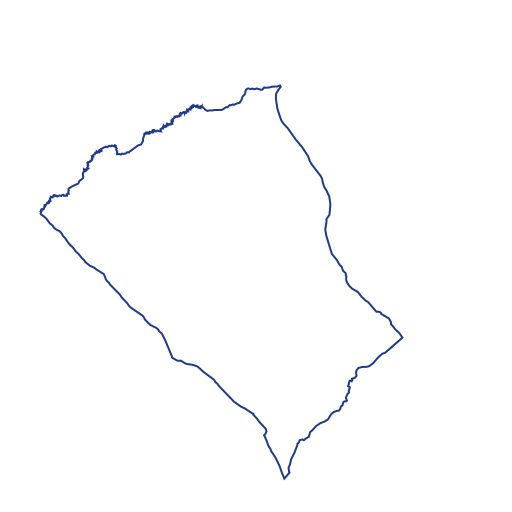 Igunga, Tabora, United Republic of Tanzania (Natural Earth projection), rotated 318°
{"feature_id": "72390352B54001884070734", "entity_name": "Igunga", "entity_type": "district", "adm_level": 2, "iso_a3": "TZA", "parent_name": "United Republic of Tanzania", "parent_adm1": "Tabora", "projection": "natural_earth1", "projection_center": [33.703, -4.378], "detail": "fine", "context": "isolated", "style": "outline", "palette": "blue", "viewbox_px": 512, "rotation_deg": 318, "n_neighbors": 0, "source": "geoboundaries", "source_scale": "gbopen_adm2", "svg_char_len": 5947}
<svg xmlns="http://www.w3.org/2000/svg" viewBox="0 0 512 512"><g transform="rotate(318 256 256)"><path d="M184.1,78.1L182.3,79.0L181.0,80.8L180.9,81.3L179.8,82.3L177.7,82.4L175.2,82.0L172.4,83.2L165.8,81.2L161.8,80.5L160.9,81.3L160.8,82.0L159.2,82.8L158.6,84.3L158.1,83.7L157.3,83.9L156.8,83.5L155.9,84.6L155.6,83.9L154.5,83.7L153.6,82.9L153.9,81.8L152.3,81.0L151.5,81.1L150.5,79.5L148.1,78.9L148.2,78.0L147.8,77.1L147.0,77.0L147.3,76.5L146.8,75.7L146.4,75.4L144.1,76.4L143.0,74.7L142.3,75.4L141.7,75.3L141.1,75.6L140.2,77.4L139.2,76.5L138.8,76.7L138.9,77.6L138.1,77.9L137.8,77.1L136.9,77.6L136.5,76.7L134.4,77.5L133.8,77.5L133.0,76.7L132.4,77.4L132.5,78.0L132.1,78.2L131.7,77.7L129.5,79.2L128.9,79.0L128.5,77.9L127.7,77.7L126.0,78.6L126.5,79.2L124.4,80.2L124.1,81.4L124.8,84.2L125.2,88.0L124.6,93.9L125.2,97.2L124.8,100.0L125.2,102.6L126.7,106.3L126.6,109.8L126.0,111.5L126.1,115.4L125.4,119.9L125.4,123.3L125.2,123.3L125.6,127.1L125.1,132.0L125.5,135.6L125.2,141.3L125.5,144.1L125.1,146.6L126.1,152.2L128.0,156.5L128.4,159.2L130.8,167.7L128.7,173.3L128.6,175.1L128.8,177.7L128.4,179.3L129.0,193.6L128.5,197.1L128.7,205.0L128.3,207.3L128.3,209.9L131.7,224.2L131.8,225.6L131.0,229.1L131.1,234.1L131.5,235.1L131.3,236.5L133.7,242.4L134.1,244.7L133.7,247.3L134.1,250.6L132.1,258.0L126.4,274.2L125.8,275.1L125.8,275.9L127.4,280.8L127.9,281.7L129.9,283.3L130.7,285.2L131.4,288.2L132.5,290.1L135.8,294.1L138.4,298.5L138.8,300.0L139.4,307.1L142.0,319.8L141.4,322.8L141.8,324.8L141.5,328.1L142.2,349.9L144.2,358.5L145.8,362.0L147.8,370.2L148.5,371.3L147.8,372.1L147.9,377.5L147.5,381.4L147.6,390.9L146.5,393.3L144.0,394.5L142.1,394.6L140.3,400.4L138.3,404.9L137.7,408.7L136.7,411.3L135.6,418.8L133.0,427.8L130.2,434.4L128.1,440.4L136.0,439.4L136.4,438.3L138.5,435.1L141.5,433.8L146.2,430.5L152.5,428.1L159.7,424.5L161.3,423.2L163.2,423.3L165.1,422.1L167.7,423.3L168.3,425.0L171.2,425.0L174.0,425.8L178.4,423.1L181.5,423.2L186.7,422.6L192.1,423.3L196.1,424.9L200.2,425.6L205.7,423.9L209.3,423.9L212.7,425.3L214.1,426.4L216.2,426.1L218.5,424.6L220.3,424.8L223.3,423.0L224.5,423.2L225.9,424.4L226.7,424.4L228.0,421.5L231.5,419.8L233.7,419.7L235.0,418.0L237.7,416.7L237.9,415.8L237.3,414.4L242.1,411.3L242.9,411.9L243.3,413.1L244.5,412.7L245.2,411.4L247.9,412.7L250.5,412.3L252.2,409.8L254.1,408.2L257.3,407.8L260.6,409.5L263.7,412.1L266.0,413.5L270.8,414.1L278.8,413.1L284.4,413.1L287.2,414.3L310.2,414.7L310.9,409.4L310.4,403.4L310.8,399.7L310.6,397.1L312.1,395.3L313.0,391.5L310.3,382.8L310.7,381.9L310.6,380.7L309.6,379.2L308.2,378.0L308.5,365.3L307.6,362.3L307.2,357.1L307.6,350.8L305.6,344.7L305.3,340.8L305.9,336.7L306.6,334.9L307.5,333.5L309.5,331.6L309.7,330.5L310.6,329.8L311.1,328.7L310.8,325.2L312.4,321.5L312.2,318.6L313.4,313.2L313.8,305.1L321.8,288.0L325.2,282.6L331.6,277.5L333.0,275.7L338.0,274.6L340.8,272.1L346.0,267.2L350.2,260.9L352.3,254.3L352.5,252.0L353.1,249.8L355.1,245.5L356.9,242.7L357.6,239.7L358.7,225.1L359.6,221.1L361.5,216.6L363.1,206.1L363.5,195.6L365.1,182.5L365.0,176.5L365.3,173.2L366.0,170.9L370.5,160.7L376.4,151.9L379.5,148.9L383.8,147.5L387.6,146.8L387.9,145.3L385.5,144.4L380.8,140.6L380.1,140.5L378.0,139.2L375.7,137.4L374.8,136.2L372.1,136.6L370.9,135.8L368.6,131.9L367.0,131.4L365.8,130.2L365.5,129.3L363.8,128.4L362.6,126.5L361.7,125.9L359.7,125.8L355.8,128.4L352.7,128.5L349.7,130.3L346.4,131.2L343.4,129.7L340.8,128.9L340.3,128.0L337.9,127.0L337.5,126.3L334.3,126.3L333.4,125.4L328.4,124.6L322.4,119.4L321.3,118.9L319.0,116.8L317.0,115.7L316.3,113.8L316.0,109.8L315.3,109.0L315.9,108.4L315.3,108.5L315.1,108.0L314.7,108.3L314.9,107.6L314.5,108.4L314.1,108.4L313.9,107.4L313.4,107.6L313.2,108.3L312.6,107.5L312.8,106.7L312.1,106.5L311.9,105.9L312.6,105.4L311.7,105.2L312.4,104.5L311.1,104.2L310.9,103.5L310.3,103.2L310.5,102.4L309.3,102.7L309.4,101.6L309.0,101.6L308.5,103.2L307.9,103.1L307.2,101.8L306.3,103.1L305.6,102.8L306.1,102.1L305.8,102.0L305.2,102.9L305.0,102.2L304.7,102.2L304.0,103.0L304.3,101.9L303.4,101.7L302.9,102.3L302.6,101.2L302.0,101.8L302.0,102.9L301.6,102.6L300.1,102.9L299.8,101.8L298.8,102.2L299.2,101.7L298.8,100.7L298.0,100.4L297.5,100.8L296.5,100.7L295.8,99.2L294.7,99.4L294.8,100.1L294.1,100.3L294.3,100.9L293.8,101.2L293.0,100.5L292.4,100.7L292.2,100.0L291.4,100.2L291.0,99.5L290.3,99.7L290.1,98.7L288.6,98.8L288.5,98.1L287.5,98.8L285.5,98.5L285.3,99.2L284.8,99.1L284.6,99.6L284.2,99.1L283.9,99.8L283.4,99.2L283.1,99.6L283.6,100.4L283.0,100.4L282.3,101.9L281.3,101.5L281.5,100.7L280.6,100.3L279.8,100.6L279.4,100.0L278.6,100.0L279.0,99.0L278.4,98.0L278.0,98.3L278.3,99.0L277.7,99.5L277.2,99.2L276.3,99.7L276.1,99.1L275.1,99.5L274.8,99.2L274.8,97.6L273.9,98.6L273.3,98.5L272.3,99.1L272.1,98.7L272.7,97.9L271.6,98.2L269.9,97.8L268.9,99.8L268.5,99.1L267.9,99.0L266.6,96.7L265.2,96.6L265.0,96.1L264.3,95.9L264.1,95.4L264.6,95.0L264.8,94.3L263.6,93.4L262.4,94.9L261.9,93.7L261.5,93.7L261.2,94.2L260.9,93.6L260.3,93.5L260.2,92.6L259.6,92.6L259.3,93.2L259.1,92.8L258.5,93.3L258.3,92.8L257.9,93.1L257.6,92.9L257.9,91.8L256.8,91.7L256.9,90.8L255.9,91.2L255.9,90.8L255.0,90.3L253.8,91.4L250.4,93.4L248.9,95.0L245.2,96.2L242.4,94.9L231.4,93.8L230.9,94.0L229.5,92.6L227.8,92.7L225.5,91.2L225.0,90.3L223.5,90.2L222.6,88.7L220.8,87.4L221.1,86.9L221.7,87.1L221.8,86.3L222.8,85.4L223.2,83.4L224.3,83.0L224.4,81.2L224.9,81.2L225.0,80.5L225.5,80.3L225.2,79.1L223.8,79.4L222.8,77.4L221.5,77.4L220.5,75.7L218.1,75.6L217.5,74.2L212.6,72.8L211.5,72.7L211.8,74.2L211.5,74.6L210.7,74.3L210.6,73.4L209.5,73.9L209.4,73.0L208.5,73.6L207.8,71.9L207.2,73.0L206.7,72.9L206.3,71.9L205.8,71.6L204.7,72.5L204.1,72.6L203.1,72.0L201.7,72.4L201.6,72.9L200.9,72.3L200.8,73.1L200.2,73.0L199.8,73.9L199.2,73.7L198.8,74.0L198.7,74.8L197.3,75.1L196.6,74.4L195.7,74.9L194.1,73.9L193.2,73.9L193.3,74.7L192.6,74.8L191.9,75.6L192.2,76.0L191.9,76.5L189.5,77.5L190.0,78.7L187.4,78.8L187.1,77.6L186.4,77.9L186.3,77.4L185.7,78.7L185.2,78.4L185.3,77.6L184.9,78.1L184.1,78.1Z" fill="none" stroke="#1e3a8a" stroke-width="2"/></g></svg>